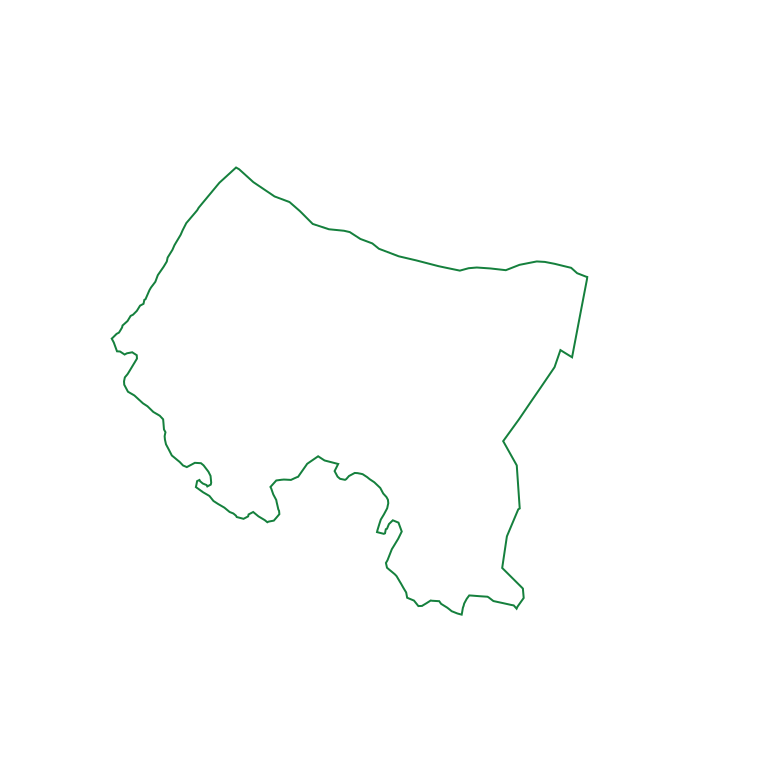 Sidfa, Asyut, Egypt (Equal Earth projection), rotated 332°
{"feature_id": "37247803B72914028370389", "entity_name": "Sidfa", "entity_type": "district", "adm_level": 2, "iso_a3": "EGY", "parent_name": "Egypt", "parent_adm1": "Asyut", "projection": "equal_earth", "projection_center": [31.35, 26.943], "detail": "fine", "context": "isolated", "style": "outline", "palette": "green", "viewbox_px": 768, "rotation_deg": 332, "n_neighbors": 0, "source": "geoboundaries", "source_scale": "gbopen_adm2", "svg_char_len": 3430}
<svg xmlns="http://www.w3.org/2000/svg" viewBox="0 0 768 768"><g transform="rotate(332 384 384)"><path d="M164.9,216.1L164.9,220.5L163.6,229.8L166.2,231.4L168.8,236.2L171.4,236.2L176.6,237.8L177.4,239.3L179.2,242.5L177.8,245.6L164.8,253.4L162.2,254.9L158.3,256.5L155.7,259.6L154.3,262.7L154.3,270.6L158.2,276.9L162.1,287.9L164.7,292.6L167.2,300.4L171.1,306.7L172.4,311.5L171.1,314.6L168.4,320.8L168.4,324.0L167.1,325.5L165.8,327.1L164.5,330.2L163.2,334.9L163.2,341.2L163.1,347.5L164.4,350.6L165.7,353.8L167.0,356.9L168.3,361.6L170.9,364.8L178.7,364.8L180.0,364.8L185.2,368.0L186.5,371.1L187.8,379.0L187.7,383.7L185.1,390.0L183.8,391.5L182.5,391.5L181.2,391.5L179.9,391.5L179.9,389.9L178.6,388.4L177.3,386.8L176.0,383.6L176.0,382.1L173.4,382.0L172.1,383.6L170.8,385.2L169.5,386.7L173.4,394.6L177.3,400.9L178.5,407.2L181.1,411.9L185.0,418.2L187.6,424.5L190.2,427.6L191.5,430.8L191.5,432.3L196.7,437.1L198.0,437.1L201.9,437.1L203.2,435.6L208.4,435.6L211.0,441.9L214.8,448.2L216.1,451.3L217.4,451.3L222.6,452.9L226.5,451.4L230.5,449.8L231.8,446.7L231.8,445.2L233.1,440.4L233.7,438.1L234.4,435.8L234.4,432.6L234.4,429.5L235.4,423.1L235.4,421.6L243.6,418.6L248.7,420.5L250.8,421.4L255.0,423.9L256.8,425.0L260.5,425.2L263.3,425.4L264.6,425.6L276.4,419.6L278.7,418.4L291.9,416.9L295.6,423.6L306.0,433.1L299.5,437.7L299.5,444.0L300.7,447.1L304.6,450.3L305.9,450.3L309.9,448.8L316.4,448.8L319.0,450.4L319.9,451.2L321.2,452.2L322.8,453.6L325.4,458.3L326.7,461.4L329.3,466.2L331.9,474.0L331.9,480.3L333.1,485.0L333.1,488.1L331.8,491.3L330.5,492.8L328.5,495.2L322.7,499.1L317.5,502.2L314.1,505.5L309.6,510.0L308.3,511.5L313.5,516.2L314.8,516.3L317.4,513.1L318.7,513.2L322.6,510.0L327.8,508.5L331.7,513.2L330.4,522.6L323.9,527.3L316.0,532.0L313.4,533.5L304.3,541.3L301.7,542.9L300.4,547.6L301.6,550.7L302.9,553.8L304.2,557.0L304.9,559.5L305.0,561.7L305.2,566.4L305.3,568.0L305.4,572.7L305.7,578.5L304.1,583.6L308.8,589.3L310.1,596.2L313.4,597.8L314.5,597.7L318.4,597.5L321.0,597.3L323.6,597.1L324.6,597.9L330.8,601.7L331.2,604.9L334.8,611.1L335.8,613.3L336.6,615.2L337.1,616.4L338.3,617.8L341.0,621.0L343.1,623.0L344.3,624.1L346.0,622.0L347.2,620.4L348.7,618.5L350.0,617.4L351.7,615.5L356.2,612.5L360.0,610.7L362.6,612.3L368.7,616.2L375.5,620.4L376.2,621.5L378.7,627.0L382.0,629.8L385.8,633.0L392.6,638.8L394.6,640.4L395.6,644.6L397.3,643.3L406.9,638.5L410.6,629.8L402.0,601.9L420.1,577.4L421.0,576.2L443.7,557.7L445.4,557.6L463.0,518.2L462.4,490.4L482.0,480.8L486.5,478.6L506.8,467.9L519.9,461.1L542.5,449.2L555.7,436.9L562.6,448.7L590.8,413.6L611.6,387.8L612.9,386.1L613.7,384.9L612.8,384.1L606.7,377.0L606.6,376.9L606.5,376.7L603.8,369.3L598.6,364.7L591.1,358.0L583.3,351.7L576.4,347.5L559.6,342.4L545.0,340.7L532.3,332.0L520.6,324.7L513.1,321.5L504.2,319.5L492.4,309.7L487.4,305.5L470.5,290.0L456.9,278.1L443.0,262.2L439.7,254.4L433.6,247.5L431.2,244.8L425.1,233.8L420.6,229.9L408.0,221.5L396.2,209.2L390.9,191.8L386.0,179.0L375.4,167.0L363.4,144.4L356.9,126.4L355.0,123.4L333.2,129.0L330.5,130.1L324.9,132.4L303.2,141.3L300.6,142.9L292.8,146.0L285.0,149.1L278.4,153.7L274.5,156.8L266.7,161.5L264.1,163.1L260.2,166.2L252.3,170.8L249.7,173.9L244.5,177.0L235.4,181.7L230.1,186.4L223.6,189.4L221.0,191.0L213.2,197.2L211.9,197.2L209.3,200.3L205.4,200.3L200.1,203.4L194.9,205.0L192.3,204.9L187.1,208.0L180.6,209.6L179.3,211.1L176.7,212.7L174.1,214.2L171.4,214.2L166.2,215.8L164.9,216.1Z" fill="none" stroke="#15803d" stroke-width="2"/></g></svg>